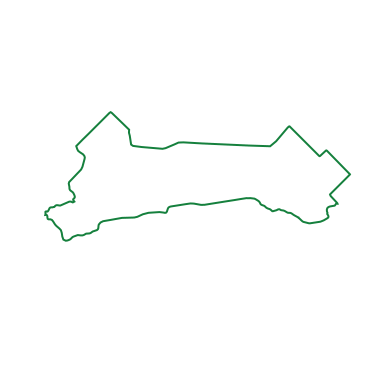 map outline of Chardzhou (Equal Earth projection), rotated 135°
{"feature_id": "TKM-359", "entity_name": "Chardzhou", "entity_type": "Province", "adm_level": 1, "iso_a3": "TKM", "parent_name": "Turkmenistan", "parent_adm1": "", "projection": "equal_earth", "projection_center": [63.989, 39.075], "detail": "fine", "context": "isolated", "style": "outline", "palette": "green", "viewbox_px": 384, "rotation_deg": 135, "n_neighbors": 0, "source": "natural_earth", "source_scale": "10m", "svg_char_len": 2938}
<svg xmlns="http://www.w3.org/2000/svg" viewBox="0 0 384 384"><g transform="rotate(135 192 192)"><path d="M298.4,278.9L297.9,278.8L297.1,278.4L296.4,277.7L295.3,276.2L294.6,275.5L285.7,272.0L284.9,271.4L284.7,271.1L284.3,270.6L283.7,269.0L283.4,268.8L282.6,268.6L282.0,268.4L281.9,269.1L281.6,270.5L281.1,270.9L279.5,270.9L278.8,271.1L278.3,271.4L278.0,271.9L277.5,272.7L277.1,273.8L276.7,274.9L276.5,276.1L276.8,278.3L276.9,279.4L276.6,280.5L276.1,281.2L275.0,282.4L273.2,285.1L271.8,285.9L271.3,285.9L254.5,286.3L251.6,287.3L244.5,291.4L243.3,292.3L242.6,293.7L242.4,295.7L243.2,299.7L243.4,301.7L242.8,303.5L241.4,306.3L232.2,306.4L224.1,306.3L213.1,306.3L203.7,306.3L194.3,306.3L193.1,306.0L192.8,304.6L192.4,280.5L194.0,279.1L194.7,278.4L196.2,275.8L201.5,268.6L201.1,266.3L195.8,259.4L182.3,243.4L179.7,241.7L170.6,238.0L166.6,236.5L163.1,233.3L150.7,219.4L118.9,184.6L111.6,176.8L105.7,170.5L104.4,169.1L96.6,168.4L78.6,169.9L76.9,169.7L76.6,169.4L76.6,160.0L76.6,143.6L76.6,128.2L76.6,127.6L76.4,127.1L75.9,126.9L68.2,126.6L67.7,126.5L67.5,126.2L67.4,125.6L67.8,92.8L68.1,92.7L96.1,92.7L96.6,91.7L96.8,90.9L97.1,82.2L97.2,81.2L97.4,80.8L97.5,80.9L97.7,81.4L97.9,81.9L100.1,81.5L100.8,81.5L104.8,84.3L106.3,84.9L107.8,84.9L109.1,84.2L110.2,83.0L111.0,81.4L111.9,80.9L112.3,79.1L112.9,78.1L113.7,77.6L115.1,77.8L118.9,78.8L122.2,80.2L130.8,86.5L131.5,87.3L134.3,92.0L134.6,92.9L134.7,93.9L134.8,97.5L135.0,98.2L134.7,98.6L135.1,99.6L136.3,103.8L136.7,106.2L137.0,107.2L137.4,107.9L138.7,109.3L139.1,110.0L139.9,113.1L140.4,114.2L141.8,116.1L142.0,116.6L142.3,117.8L142.6,118.2L143.4,118.8L145.2,119.4L148.4,121.2L148.8,121.7L148.9,123.8L149.1,124.8L150.1,126.8L150.4,127.7L150.6,128.7L150.6,130.1L150.7,131.1L151.9,133.7L152.1,134.8L151.8,135.7L151.5,136.6L151.3,137.7L151.4,138.9L152.1,141.8L152.5,143.1L155.3,146.7L155.7,146.9L157.9,149.2L162.4,152.5L167.7,156.3L174.0,160.9L186.8,170.2L192.2,174.1L194.7,176.5L198.9,182.5L201.2,185.0L205.5,188.2L211.0,192.2L217.3,196.8L218.5,197.4L219.6,197.6L220.6,197.4L223.6,195.9L224.8,195.7L225.8,196.3L226.9,197.9L229.2,200.8L237.4,208.0L242.5,211.0L248.2,213.1L250.9,214.8L256.1,219.7L259.8,223.2L265.1,226.9L269.0,229.6L275.5,234.2L278.2,235.1L280.9,234.9L281.9,234.3L283.8,232.7L284.9,232.2L286.2,232.3L290.2,234.3L292.8,234.7L293.9,235.3L296.3,237.4L298.9,238.1L300.2,238.8L301.3,239.9L303.2,242.3L307.2,244.2L308.4,244.6L311.4,244.6L312.9,245.1L314.4,245.8L315.7,246.8L316.2,248.2L316.6,249.3L315.2,252.2L313.0,255.2L311.7,257.7L311.6,259.8L311.9,263.8L311.8,265.9L311.0,269.4L310.8,271.3L311.4,272.7L312.2,273.5L312.8,274.2L313.0,275.0L312.4,276.1L311.6,276.9L311.1,277.8L311.0,278.7L312.0,279.5L311.3,279.9L310.6,280.6L310.0,281.3L309.7,281.6L309.3,281.6L308.8,281.4L308.2,280.5L307.8,280.3L306.8,280.4L304.1,281.3L303.1,281.2L302.3,280.6L301.6,279.9L301.4,279.7L301.0,279.5L300.6,279.4L300.1,278.9L299.7,278.8L298.4,278.9Z" fill="none" stroke="#15803d" stroke-width="2"/></g></svg>